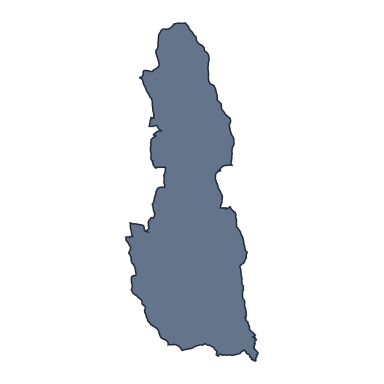 Licurici, Gorj, Romania
{"feature_id": "2599482B7592331780028", "entity_name": "Licurici", "entity_type": "district", "adm_level": 2, "iso_a3": "ROU", "parent_name": "Romania", "parent_adm1": "Gorj", "projection": "equal_earth", "projection_center": [23.618, 44.895], "detail": "fine", "context": "isolated", "style": "filled", "palette": "slate", "viewbox_px": 384, "rotation_deg": 0, "n_neighbors": 0, "source": "geoboundaries", "source_scale": "gbopen_adm2", "svg_char_len": 6047}
<svg xmlns="http://www.w3.org/2000/svg" viewBox="0 0 384 384"><path d="M248.1,322.3L247.6,322.1L246.2,320.5L245.8,318.9L245.0,317.4L245.5,317.0L246.0,316.9L245.9,316.5L245.7,316.4L246.4,315.1L246.1,313.4L246.1,311.5L245.6,309.7L245.4,308.0L244.7,306.9L244.5,306.1L244.8,301.3L242.9,298.4L242.6,297.3L242.4,292.8L242.6,291.6L243.5,289.9L243.1,287.8L243.4,286.2L242.2,284.5L241.8,281.4L241.8,279.3L242.1,278.6L241.7,277.8L241.5,275.8L241.1,274.8L240.9,270.9L240.6,268.9L239.7,266.5L241.1,264.8L243.5,263.1L244.4,262.1L244.8,260.9L244.8,260.2L246.3,257.9L246.2,255.8L246.5,254.0L247.2,252.4L245.2,249.8L244.5,245.5L243.7,243.7L243.9,242.0L243.3,240.2L242.8,237.3L240.8,233.8L240.4,231.8L236.4,226.2L236.5,224.4L236.3,222.3L236.6,221.5L236.4,220.3L236.3,218.7L235.9,218.0L235.6,217.0L235.9,215.7L235.9,214.6L235.0,212.2L233.7,211.9L233.3,211.0L231.5,209.5L230.4,207.5L230.3,206.8L229.5,207.0L227.7,208.5L227.0,208.7L227.5,208.1L226.0,208.9L226.2,208.3L226.1,207.9L220.5,208.0L220.5,206.0L221.8,203.0L222.0,199.9L222.4,197.3L222.3,195.8L220.6,192.5L220.4,191.4L219.2,189.6L218.4,188.1L218.1,187.1L217.9,185.5L217.4,184.7L217.2,183.4L216.4,182.5L216.1,180.9L215.4,179.3L215.4,176.9L215.8,173.5L217.6,172.1L218.2,170.6L218.4,170.5L218.9,171.1L220.4,170.9L219.7,169.3L220.3,169.1L221.2,167.5L224.3,165.6L230.9,165.0L232.0,165.3L231.8,164.6L231.1,163.9L230.8,162.7L231.5,161.3L231.5,159.4L231.9,157.9L231.7,156.8L232.2,153.5L231.8,151.8L232.4,147.4L233.5,145.5L234.1,143.5L233.7,141.2L233.9,140.3L233.8,138.6L231.5,134.4L230.4,131.1L229.4,125.9L229.4,124.4L230.7,121.7L230.3,119.3L229.9,118.1L226.0,115.1L223.5,111.4L222.2,109.9L221.6,108.6L221.1,106.7L221.4,105.9L221.3,104.0L217.3,100.1L217.0,95.0L216.2,92.2L215.7,89.5L214.1,85.9L213.8,85.4L210.9,84.1L210.2,83.5L208.8,81.3L208.3,77.3L208.6,73.7L208.3,72.1L208.3,70.4L207.9,69.0L207.9,67.9L208.2,65.9L208.2,63.9L209.1,59.5L208.8,56.0L207.9,53.8L206.5,52.2L204.7,50.9L204.5,50.3L204.1,47.8L202.7,45.9L198.5,43.4L197.3,41.9L196.3,40.0L196.3,38.5L195.9,36.9L193.8,34.8L192.8,33.0L191.5,31.3L190.3,30.3L189.0,28.4L188.5,26.7L185.4,23.0L182.6,23.4L177.9,23.1L174.0,24.0L171.5,27.3L168.3,29.0L167.5,29.2L163.1,29.1L162.2,29.5L161.0,30.7L159.6,33.5L158.7,34.8L158.3,39.8L158.3,41.1L158.0,42.2L158.0,45.8L157.8,47.3L157.1,49.1L156.1,50.3L155.8,52.1L156.8,56.2L157.8,58.3L157.9,59.0L159.0,63.3L159.2,64.4L158.9,66.0L157.3,67.7L155.2,69.3L154.0,69.7L152.0,71.7L147.9,70.7L145.1,70.4L143.9,70.7L143.4,71.2L143.1,72.2L143.2,73.6L142.7,76.0L141.4,77.1L140.1,77.3L139.7,77.9L141.2,78.5L142.5,79.8L143.6,84.4L145.0,86.7L145.8,89.1L147.7,93.0L149.1,94.5L149.5,96.2L150.4,97.6L151.3,98.5L152.0,100.3L152.3,102.6L152.3,105.6L152.8,107.8L152.7,109.8L153.7,113.8L153.8,116.2L154.0,118.0L153.0,118.1L152.1,117.7L150.9,117.6L149.2,126.4L153.0,126.4L155.5,125.5L156.5,125.5L157.1,125.7L157.4,126.8L158.6,128.8L161.1,130.8L158.1,131.2L156.4,132.0L155.4,133.1L153.7,134.2L153.5,134.7L153.9,134.7L154.5,135.7L155.7,135.6L155.9,136.0L152.7,137.9L152.1,138.5L152.0,139.0L151.1,139.7L151.0,141.7L150.6,143.3L151.1,145.2L150.4,147.2L150.6,149.6L150.4,150.6L151.0,153.0L151.2,155.6L150.7,158.6L152.0,160.7L152.8,161.0L152.4,161.4L152.4,162.0L152.9,162.4L153.1,163.4L152.9,164.1L153.3,164.9L154.7,167.1L155.8,168.1L156.5,167.9L156.5,167.4L165.5,167.2L165.3,170.2L164.7,173.6L163.7,175.3L164.1,177.1L164.2,180.0L163.8,182.3L164.8,185.9L164.5,187.4L161.6,187.0L158.3,187.9L157.0,189.4L156.6,190.7L156.0,191.7L155.9,193.6L154.3,198.2L154.1,200.9L153.4,202.8L152.5,203.8L152.3,204.3L153.1,207.4L153.5,210.3L154.4,213.1L155.0,213.9L153.5,217.9L151.2,217.6L150.0,219.4L148.8,220.6L148.1,222.9L148.7,223.9L148.2,225.6L148.3,226.3L148.8,226.8L149.1,228.3L146.8,230.6L147.0,231.3L147.5,231.8L146.7,231.6L146.3,231.1L145.2,231.1L145.4,230.7L144.2,229.4L144.2,227.7L143.5,225.6L140.0,224.5L139.3,224.7L136.2,223.9L132.6,223.8L131.7,223.6L131.3,223.1L130.0,223.0L130.3,224.4L130.5,228.8L131.3,230.8L131.7,234.2L132.6,236.5L130.0,236.6L130.2,236.9L129.5,237.5L126.1,236.9L125.9,237.4L126.0,240.0L126.3,240.8L127.5,241.9L129.3,244.9L129.5,245.8L130.6,247.1L130.6,248.6L130.0,249.8L129.4,251.7L128.9,252.4L128.8,253.3L129.9,254.7L130.3,255.4L130.4,256.2L131.3,257.4L131.0,259.3L131.6,262.2L132.1,263.2L133.4,264.6L134.5,266.3L135.4,269.6L135.6,271.8L136.2,273.9L135.9,274.8L135.4,275.3L134.5,275.7L132.9,275.7L131.5,277.1L131.3,279.0L131.6,282.7L132.4,285.5L132.0,287.4L132.0,288.6L131.4,289.4L131.3,289.8L132.7,292.7L133.5,293.6L135.3,295.0L136.2,295.3L138.6,297.8L141.1,299.6L141.9,301.1L141.9,302.9L142.2,304.1L143.7,305.5L145.0,306.0L145.2,306.4L145.3,308.0L144.6,310.7L144.7,312.4L145.8,314.3L146.3,317.1L147.6,319.3L147.8,321.0L150.0,323.4L151.3,325.1L152.0,325.1L152.9,326.1L154.8,327.0L157.1,328.7L158.8,331.3L158.9,332.7L160.3,336.3L161.0,337.6L162.1,338.5L166.3,340.3L167.9,342.2L168.3,343.9L168.1,344.9L170.3,344.6L173.2,344.8L173.3,344.4L175.2,344.5L178.9,346.2L180.6,348.1L182.0,350.4L186.4,349.3L190.5,348.7L192.2,348.1L196.0,346.0L200.8,344.7L202.2,345.1L203.0,345.0L204.0,344.4L204.6,343.6L205.7,343.9L206.3,344.5L207.7,345.1L209.5,345.3L210.4,345.6L213.8,347.6L214.3,348.7L216.5,351.1L216.9,351.8L217.0,352.4L216.4,353.7L216.3,355.0L218.5,356.2L219.2,354.7L219.5,354.6L220.0,354.0L220.7,354.1L222.0,355.2L225.2,354.9L226.5,355.3L228.1,354.8L230.5,355.2L231.5,355.1L232.7,355.3L234.2,355.0L240.1,353.4L241.5,351.5L242.5,351.2L243.2,350.5L244.0,350.1L244.9,350.9L245.3,351.6L246.1,352.0L246.6,353.6L249.4,354.7L249.7,355.5L249.6,356.2L250.0,357.1L251.6,357.9L251.7,358.5L251.4,359.0L251.5,359.5L253.4,359.7L253.2,360.2L253.9,360.5L254.0,360.8L255.2,361.0L255.7,360.7L256.0,360.0L255.4,358.3L256.8,357.0L256.5,355.8L257.9,354.1L257.9,353.4L258.1,352.9L255.1,349.6L254.9,349.5L253.6,347.5L254.3,346.7L254.4,344.3L254.9,344.3L255.2,343.5L254.4,342.6L255.4,340.4L256.3,340.0L256.4,339.7L256.2,339.2L252.9,337.1L253.2,336.8L254.9,337.3L254.5,335.6L255.3,335.0L250.3,330.3L249.7,329.3L249.4,329.2L249.4,328.3L249.6,327.7L249.3,326.9L249.4,326.5L249.0,325.3L248.0,323.8L248.1,322.3Z" fill="#64748b" stroke="#1e293b" stroke-width="1.5"/></svg>